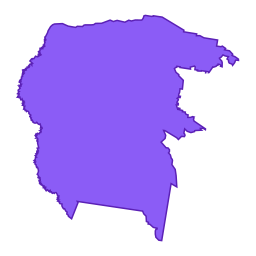 outline of Knox, Victoria, Australia
{"feature_id": "25037944B93608479315967", "entity_name": "Knox", "entity_type": "district", "adm_level": 2, "iso_a3": "AUS", "parent_name": "Australia", "parent_adm1": "Victoria", "projection": "robinson", "projection_center": [145.215, -37.899], "detail": "fine", "context": "isolated", "style": "filled", "palette": "violet", "viewbox_px": 256, "rotation_deg": 0, "n_neighbors": 0, "source": "geoboundaries", "source_scale": "gbopen_adm2", "svg_char_len": 5575}
<svg xmlns="http://www.w3.org/2000/svg" viewBox="0 0 256 256"><path d="M161.7,240.6L171.1,183.6L176.8,186.9L176.1,175.6L175.2,169.4L171.9,164.6L172.5,160.5L172.2,159.3L171.2,158.1L170.4,155.0L168.5,152.9L169.4,151.8L169.5,149.8L168.1,148.0L166.0,147.7L161.1,142.1L165.1,138.5L165.7,135.3L163.6,130.4L164.9,130.6L176.7,137.7L178.4,139.5L181.5,136.4L184.4,136.6L185.0,135.4L184.7,134.1L183.9,133.1L184.7,128.9L187.2,131.3L190.9,132.6L194.5,131.6L194.7,130.7L195.6,130.5L201.5,130.2L200.5,129.4L200.3,128.4L203.3,128.4L205.4,129.7L205.5,128.9L194.1,121.1L193.5,119.5L193.9,118.1L193.5,117.5L194.0,117.0L192.7,116.6L190.5,117.4L187.8,117.4L188.1,114.9L186.2,114.4L185.2,113.0L185.3,112.1L182.4,111.7L182.6,110.5L179.3,109.7L179.7,108.8L179.0,109.0L179.1,108.2L178.7,108.1L178.6,109.1L177.7,109.3L176.3,104.9L178.1,104.9L177.9,104.1L178.3,104.0L178.2,103.3L176.9,103.1L177.0,102.1L178.4,99.8L178.2,99.2L177.1,98.3L178.1,97.6L180.1,97.6L180.4,96.3L178.6,96.1L178.8,94.1L179.6,92.4L180.0,88.8L182.4,89.1L183.3,80.3L178.7,75.7L178.8,74.6L176.0,72.4L174.4,68.6L176.0,67.3L176.7,67.3L176.9,66.3L180.1,66.8L180.0,67.5L190.5,69.1L190.3,67.1L194.5,66.1L195.2,66.9L194.9,69.7L197.5,70.1L197.2,70.7L197.9,71.0L201.3,71.1L201.4,70.7L205.8,71.3L205.5,73.5L206.1,71.4L208.8,71.8L208.6,72.6L209.0,72.5L212.9,66.9L213.5,67.2L216.1,66.3L216.8,65.4L217.9,65.3L218.1,64.1L219.8,64.5L221.1,65.6L220.6,66.3L222.1,66.8L222.2,62.7L221.8,61.1L219.5,58.6L219.5,58.0L221.1,57.2L223.0,54.9L225.0,55.9L228.4,56.6L227.0,59.0L228.5,60.1L228.6,61.9L229.3,63.1L232.0,64.1L232.6,65.4L234.7,62.6L235.4,60.6L235.9,60.1L238.5,60.4L238.4,59.1L235.0,56.7L232.1,55.5L232.7,54.2L229.5,50.8L224.6,49.8L225.6,48.4L222.3,46.1L221.0,46.7L216.6,46.1L217.6,40.0L203.9,37.8L199.8,35.6L196.4,35.7L196.7,33.9L183.6,31.8L183.9,30.2L162.2,17.1L153.4,15.8L153.4,16.2L151.5,16.4L145.3,15.4L144.0,15.8L143.2,18.2L142.2,19.7L141.4,20.1L135.3,20.0L131.3,21.0L128.8,20.2L124.9,22.2L117.1,20.4L113.3,21.5L110.1,20.1L101.6,23.3L95.5,23.4L93.8,24.6L91.2,24.9L85.0,24.9L83.7,25.3L82.6,26.5L77.3,26.3L75.6,27.4L68.1,26.1L62.5,23.6L54.5,24.0L52.6,24.8L50.6,26.6L48.1,30.8L47.6,32.6L45.5,36.7L44.8,37.1L45.6,39.4L44.7,39.1L44.4,39.8L44.5,40.3L45.4,40.2L44.5,41.8L45.0,42.4L44.3,44.0L44.5,45.1L43.4,45.0L43.3,46.2L44.1,46.6L43.2,46.9L43.0,47.6L42.7,46.8L41.8,47.5L42.5,47.7L42.7,49.0L42.2,48.3L41.7,48.9L40.5,48.7L40.8,48.2L40.0,48.3L40.0,50.7L38.7,51.5L39.4,52.0L39.0,52.5L39.9,52.5L39.9,53.1L39.2,53.3L40.0,53.8L39.7,54.2L40.3,53.9L41.0,54.8L40.3,55.2L39.7,54.7L39.2,55.4L39.2,54.5L38.7,54.6L38.9,55.5L38.3,55.3L38.4,55.8L37.3,56.8L35.5,56.2L33.9,58.7L32.4,58.6L32.0,59.4L31.5,59.0L29.9,61.0L32.4,63.2L31.9,63.3L31.8,65.0L31.0,63.8L30.4,64.4L30.0,64.2L28.5,66.0L29.5,66.3L29.0,67.4L27.1,67.3L27.4,68.0L25.8,68.4L26.3,69.9L25.2,70.3L25.5,69.5L25.0,69.3L24.6,69.8L23.7,69.8L24.4,70.3L22.9,70.7L23.6,71.6L24.1,71.3L24.0,71.9L22.2,72.1L23.3,72.5L22.8,73.2L23.5,73.3L22.5,73.9L22.4,74.3L23.3,74.3L22.1,75.7L22.0,76.4L23.1,76.2L21.4,77.1L21.6,78.6L20.4,79.8L21.0,79.9L20.7,80.3L20.9,81.2L19.5,81.2L19.2,82.1L20.7,82.9L20.7,84.4L21.2,84.4L20.2,85.2L21.0,85.2L21.1,85.8L19.4,85.4L19.7,86.2L18.9,86.1L19.5,86.8L20.0,86.7L19.6,87.7L20.1,88.3L18.1,90.2L18.4,91.4L19.1,91.6L18.4,92.1L18.5,92.8L17.5,93.8L18.5,94.3L18.8,93.6L19.2,93.9L18.7,96.1L17.7,96.2L17.6,96.7L18.0,96.9L17.7,97.2L19.7,97.1L19.4,97.8L20.5,98.1L20.7,99.8L21.8,99.9L22.2,99.2L22.7,100.6L23.9,101.2L23.0,101.8L23.9,102.3L23.2,102.6L23.5,103.1L22.7,103.3L24.0,104.0L23.3,104.4L22.9,104.0L22.4,105.3L23.4,105.4L24.0,106.3L24.8,106.2L24.6,107.0L24.1,107.0L23.9,108.2L23.4,108.1L24.1,108.6L23.9,109.0L24.6,108.8L25.1,110.4L26.4,110.0L25.9,110.5L26.4,111.5L26.9,111.0L28.2,111.4L29.0,112.6L28.9,113.6L30.8,115.1L30.3,116.2L29.2,116.3L30.5,116.8L30.6,117.7L31.3,118.0L30.9,118.9L32.0,120.0L31.5,120.3L33.0,121.4L32.9,122.1L34.3,123.0L36.0,123.1L36.8,122.3L38.3,124.1L39.3,124.5L40.1,124.0L40.8,126.1L40.7,127.5L41.8,127.3L42.2,128.2L41.1,129.7L40.6,129.3L40.9,130.8L40.1,130.8L41.1,131.6L40.8,132.5L39.8,132.6L39.0,133.9L37.6,133.3L36.8,134.6L36.1,133.8L35.7,134.4L35.9,135.3L35.2,135.5L35.7,136.4L36.6,136.0L36.2,137.0L36.5,137.7L36.1,138.1L37.2,138.0L37.8,138.9L37.7,140.0L36.9,140.1L37.1,141.4L37.8,141.5L37.6,143.2L38.7,147.9L37.2,148.2L38.3,150.7L37.2,151.0L37.8,151.7L37.6,152.1L36.8,152.0L36.8,153.3L37.8,152.9L37.5,153.8L35.9,153.9L36.5,155.0L35.2,155.6L35.9,156.4L35.6,157.1L36.2,157.3L35.5,157.7L35.1,159.6L34.2,160.4L35.1,160.6L34.5,161.7L35.3,162.0L34.3,162.6L35.1,163.1L35.2,164.4L36.0,164.7L36.3,166.4L37.2,167.1L36.8,167.6L37.9,168.1L38.5,171.0L38.1,172.7L37.2,174.3L38.2,175.2L38.5,176.2L38.1,177.3L39.5,177.2L40.0,177.7L39.9,178.3L39.1,178.8L40.2,179.2L40.2,180.4L39.0,180.8L39.5,181.8L40.3,182.0L39.5,183.1L40.0,183.8L40.9,183.2L41.5,184.0L40.7,184.3L41.2,184.9L42.7,185.4L42.7,185.9L43.9,185.9L43.7,186.7L45.1,187.1L43.7,187.8L45.5,188.3L44.9,189.0L46.3,190.0L45.9,190.4L46.2,190.8L47.6,189.8L48.6,191.2L49.1,190.8L49.7,191.7L50.2,190.7L50.6,191.8L51.4,191.8L51.3,192.5L52.5,193.3L53.2,192.7L54.3,193.4L55.0,192.6L56.2,192.6L57.8,195.4L57.5,195.8L58.2,196.5L58.8,196.2L58.7,197.5L57.4,197.7L57.4,198.4L58.2,198.6L57.3,199.5L59.0,200.0L57.7,201.1L59.7,201.9L59.3,202.7L59.9,203.6L62.0,204.0L61.9,205.9L62.8,207.8L63.7,208.9L64.6,208.7L65.7,211.0L67.1,212.1L66.8,214.0L68.3,215.3L68.4,216.3L71.6,218.8L78.0,202.7L77.3,201.4L142.6,211.1L143.8,213.9L146.1,216.2L146.4,221.5L148.4,222.3L148.1,224.0L149.9,224.3L153.3,227.4L157.1,228.2L157.0,229.1L155.9,229.4L155.3,230.9L155.3,234.2L155.9,237.3L158.8,240.2L161.7,240.6Z" fill="#8b5cf6" stroke="#5b21b6" stroke-width="1.5"/></svg>